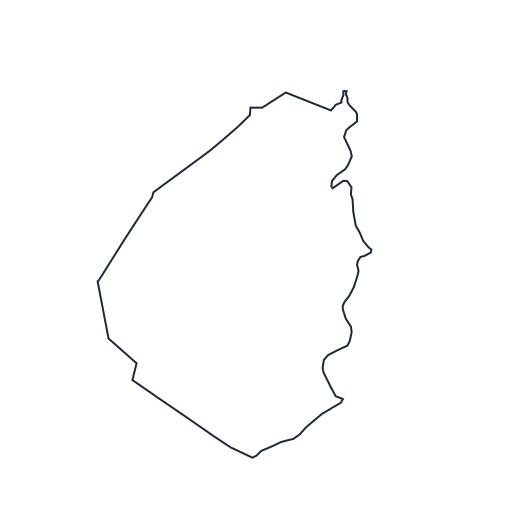 outline of Abu Hujar, Sennar, Sudan, rotated 23°
{"feature_id": "16777658B38113510529879", "entity_name": "Abu Hujar", "entity_type": "district", "adm_level": 2, "iso_a3": "SDN", "parent_name": "Sudan", "parent_adm1": "Sennar", "projection": "robinson", "projection_center": [34.02, 12.663], "detail": "fine", "context": "isolated", "style": "outline", "palette": "slate", "viewbox_px": 512, "rotation_deg": 23, "n_neighbors": 0, "source": "geoboundaries", "source_scale": "gbopen_adm2", "svg_char_len": 1623}
<svg xmlns="http://www.w3.org/2000/svg" viewBox="0 0 512 512"><g transform="rotate(23 256 256)"><path d="M391.9,353.7L391.7,353.7L391.3,353.7L384.1,353.9L376.3,347.6L363.7,336.9L361.1,333.1L360.1,329.4L359.1,325.1L361.0,319.1L367.3,311.5L375.2,302.7L375.5,297.7L373.9,289.0L371.1,284.0L363.1,278.6L356.7,271.1L355.3,267.9L355.5,263.3L357.4,256.5L358.2,246.5L357.7,240.9L357.0,233.2L356.0,229.3L352.6,224.9L351.7,221.0L352.6,216.0L356.0,213.4L360.3,208.0L359.6,204.9L356.4,204.1L348.9,200.3L342.4,194.0L335.9,189.0L328.2,177.2L323.9,168.4L322.9,166.3L319.3,162.3L317.0,155.4L310.6,151.3L306.9,152.8L300.1,163.7L298.0,162.3L296.7,157.2L298.8,149.9L304.2,141.2L305.2,136.0L305.2,126.7L301.9,122.2L293.7,114.9L290.5,112.0L290.0,105.0L291.4,101.6L296.4,92.7L293.5,85.9L291.5,84.2L283.5,80.9L280.2,78.7L278.5,75.0L277.5,73.7L276.2,72.7L275.3,71.4L275.1,69.0L273.5,69.3L272.0,70.2L273.6,73.7L273.7,79.2L274.7,81.3L270.4,85.6L268.2,92.7L219.5,93.9L203.7,117.1L192.9,121.6L195.3,128.6L188.8,144.2L179.9,162.4L172.2,177.4L158.5,200.6L142.0,228.4L136.7,237.5L137.4,242.5L136.1,249.6L128.7,290.9L120.9,339.4L120.1,341.2L132.3,359.4L152.5,389.6L188.0,401.4L190.7,418.5L221.2,424.8L256.5,431.9L288.1,438.5L290.4,438.9L301.5,441.0L307.8,442.1L323.1,442.7L325.4,442.8L331.5,443.0L334.3,439.8L334.4,439.6L335.1,438.0L337.1,433.2L341.8,428.4L344.6,425.4L346.3,423.7L351.3,417.9L352.7,416.7L354.4,415.3L361.6,410.0L361.8,409.8L366.1,402.9L366.9,400.2L369.1,393.9L370.7,390.8L373.1,386.0L374.1,384.0L378.6,375.2L379.8,373.7L384.3,367.6L384.6,367.1L385.8,365.4L391.4,358.0L391.9,353.7Z" fill="none" stroke="#1e293b" stroke-width="2"/></g></svg>